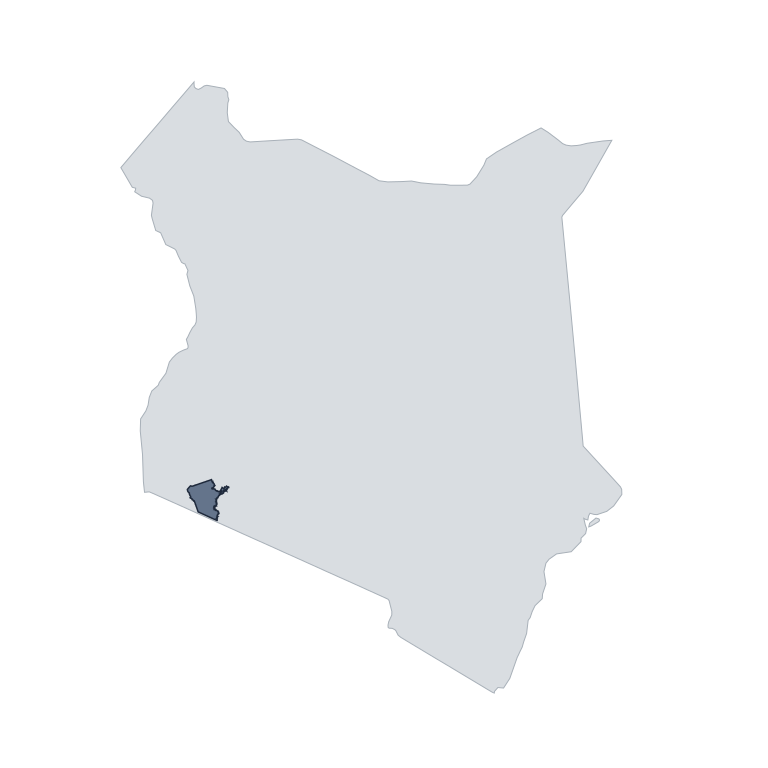 Kilgoris, Rift Valley, Kenya (highlighted), rotated 355°
{"feature_id": "3690345B49962205101636", "entity_name": "Kilgoris", "entity_type": "district", "adm_level": 2, "iso_a3": "KEN", "parent_name": "Kenya", "parent_adm1": "Rift Valley", "projection": "orthographic", "projection_center": [35.018, -1.222], "detail": "fine", "context": "in_parent", "style": "filled", "palette": "slate", "viewbox_px": 768, "rotation_deg": 355, "n_neighbors": 0, "source": "geoboundaries", "source_scale": "gbopen_adm2", "svg_char_len": 7431}
<svg xmlns="http://www.w3.org/2000/svg" viewBox="0 0 768 768"><g transform="rotate(355 384 384)"><path d="M136.0,471.0L135.8,460.4L137.3,433.3L137.1,409.5L138.5,397.6L144.4,390.1L147.1,384.6L149.0,376.9L152.1,370.7L159.0,365.6L160.3,362.8L167.7,354.3L172.1,343.4L175.5,339.7L179.6,336.3L182.6,334.5L187.4,332.7L191.2,331.7L191.9,330.8L192.2,329.0L191.0,322.3L192.6,320.1L195.2,315.6L198.1,311.3L200.8,308.7L202.3,305.9L203.0,301.2L203.1,297.8L203.1,292.3L202.2,279.8L199.1,269.3L197.2,257.6L198.6,253.8L196.1,246.9L194.9,246.6L192.9,245.1L190.3,238.6L188.4,232.7L187.2,231.2L178.8,226.1L174.7,213.9L170.0,211.2L167.5,199.1L167.0,195.7L169.7,183.7L169.4,180.9L166.6,178.4L158.8,175.8L152.4,170.8L153.3,169.1L153.7,167.3L150.4,166.1L140.7,145.5L153.2,133.1L165.9,120.6L182.1,104.8L196.9,90.2L209.7,77.7L221.1,66.5L220.9,68.6L220.9,71.5L222.3,73.2L224.7,74.4L228.0,73.1L230.8,71.4L233.6,71.0L250.8,75.7L253.7,79.8L253.5,84.1L254.2,87.3L252.9,90.5L251.5,100.1L251.9,109.0L257.1,115.5L261.7,120.7L265.4,127.9L268.1,130.1L271.8,131.2L283.6,131.5L301.1,132.0L318.0,132.5L319.5,132.6L323.1,133.6L338.6,143.4L352.8,152.3L364.8,160.1L376.5,167.7L387.9,175.0L396.7,181.1L405.3,183.0L419.4,183.9L429.1,184.2L438.1,186.8L451.5,189.2L461.5,190.4L467.6,191.8L484.3,193.2L487.0,192.4L494.4,185.7L502.6,174.7L505.7,168.7L516.4,162.7L535.1,154.3L548.2,148.5L562.8,142.6L569.5,147.7L578.7,156.0L582.9,160.1L586.2,161.9L591.2,163.1L597.3,163.2L600.6,163.0L607.3,161.9L623.2,161.0L632.2,161.1L624.7,172.0L615.7,185.1L599.0,209.3L586.2,222.0L576.6,231.6L575.7,233.3L575.8,244.1L576.0,270.3L576.4,322.9L576.7,375.5L576.9,428.1L577.0,454.4L577.0,463.2L585.5,474.3L593.8,485.1L604.8,499.4L610.6,507.1L611.6,509.7L611.3,514.8L602.2,525.5L594.8,530.3L584.8,532.7L581.8,532.2L577.9,530.7L576.3,533.2L575.2,537.2L573.0,536.4L571.3,535.2L572.3,542.3L573.3,545.8L571.8,550.6L566.9,554.7L566.5,558.2L555.9,567.4L541.1,568.3L533.2,572.9L529.7,576.6L527.0,584.8L527.9,597.3L523.7,606.9L522.9,611.7L515.2,617.9L511.8,623.6L509.2,629.5L507.0,632.0L504.3,645.0L500.7,653.0L499.7,655.6L498.8,658.0L496.0,662.6L494.2,665.8L492.9,667.9L483.7,688.2L476.6,697.3L471.0,696.3L467.3,699.8L466.9,701.5L465.0,700.5L460.4,697.2L450.9,690.3L441.4,683.4L431.9,676.5L422.4,669.6L412.8,662.7L403.3,655.8L393.8,648.9L384.3,642.0L378.7,637.9L376.2,635.5L374.3,630.8L373.3,629.6L370.8,628.1L367.8,627.7L366.9,626.8L367.0,624.5L368.0,621.2L371.6,614.9L372.0,611.2L371.3,607.0L370.2,600.2L369.2,598.7L362.9,595.1L349.7,587.7L336.4,580.2L323.1,572.8L309.8,565.4L296.5,557.9L283.3,550.5L270.0,543.1L256.7,535.6L243.4,528.2L230.1,520.8L216.8,513.3L203.5,505.9L190.2,498.5L176.9,491.0L163.6,483.6L150.3,476.2L145.3,473.4L140.8,471.0L136.0,471.0ZM577.8,543.6L575.5,544.2L576.7,540.6L583.5,536.0L586.3,537.1L586.8,538.1L586.6,539.1L585.5,540.0L577.8,543.6Z" fill="#d9dde1" stroke="#a8b0b8" stroke-width="1"/><path d="M178.9,471.9L179.1,473.6L179.6,474.6L180.6,475.6L180.5,476.1L180.4,476.5L180.7,476.8L180.9,477.7L180.9,478.1L181.4,478.7L181.4,478.9L181.6,479.5L181.3,480.3L181.0,480.5L181.5,480.9L182.0,481.1L182.2,481.4L182.4,481.4L182.9,481.9L182.8,482.3L182.8,482.5L183.3,482.7L183.6,483.1L183.9,483.2L184.0,483.8L184.1,484.0L184.4,484.1L184.8,484.0L185.7,487.2L185.6,487.4L186.0,488.2L186.1,489.1L186.4,490.0L187.7,495.2L205.5,505.3L205.6,505.0L205.9,505.1L206.0,505.1L206.0,504.9L205.7,504.7L206.0,504.5L205.9,504.1L205.9,503.9L205.8,503.6L206.0,503.4L205.5,503.2L205.8,503.0L205.8,502.8L206.1,502.8L206.2,502.7L206.0,502.3L206.1,502.2L206.3,502.1L206.3,501.7L206.8,501.6L206.4,501.3L206.6,501.2L206.5,500.9L206.4,500.7L206.6,500.5L206.7,500.3L206.5,500.1L206.7,499.8L207.0,499.9L207.1,499.7L207.1,499.3L207.3,499.0L208.0,499.0L208.1,498.9L207.9,498.6L208.3,498.3L208.3,498.1L207.8,497.7L207.9,497.2L207.7,497.2L207.7,496.9L207.5,496.6L207.3,496.5L207.5,496.2L207.1,496.1L207.0,495.9L206.8,495.8L206.6,495.5L206.4,495.4L206.2,495.4L205.9,495.2L205.8,494.9L205.6,494.5L205.3,494.6L205.2,494.8L204.8,494.5L204.7,494.3L204.7,494.2L204.5,494.4L204.5,494.5L204.4,494.4L204.3,494.1L204.2,494.1L204.4,493.9L204.2,493.7L204.3,493.7L204.0,493.3L204.2,493.1L204.0,492.9L204.1,492.6L203.9,492.3L203.8,492.2L204.1,492.0L204.1,491.8L204.1,491.7L203.9,491.4L204.0,491.2L204.3,491.3L204.2,491.1L204.3,491.1L204.4,491.3L204.6,491.2L204.8,491.0L204.9,490.8L205.1,490.9L205.1,490.7L205.3,490.8L205.5,490.8L205.5,491.0L205.6,490.9L205.7,490.7L205.7,490.8L205.7,490.7L206.0,490.7L206.1,490.8L206.2,490.7L206.4,490.6L206.4,490.3L206.5,490.4L206.5,490.2L206.4,490.1L206.5,489.9L206.8,489.6L206.8,489.4L207.0,489.3L207.0,489.1L206.9,489.1L206.6,488.9L206.8,488.7L206.9,488.4L207.0,488.3L206.9,488.2L207.0,488.2L206.9,488.2L207.0,488.0L206.9,487.9L207.0,487.8L207.0,487.7L206.9,487.2L206.7,487.0L206.7,486.8L206.4,486.6L206.6,486.5L206.5,486.4L206.5,486.2L206.9,485.8L206.6,485.2L206.8,485.1L206.7,484.9L206.9,484.3L206.8,484.2L207.1,484.2L207.0,483.8L207.4,483.6L207.4,483.4L207.7,483.4L207.7,483.2L208.0,482.9L208.0,482.5L208.4,482.3L208.6,482.4L208.6,482.2L208.9,482.1L209.2,481.7L209.3,481.5L209.4,481.1L209.6,481.0L209.7,480.8L209.8,480.8L210.0,480.6L210.4,480.6L210.5,480.3L210.6,480.2L210.5,479.8L210.5,479.6L210.7,479.8L211.1,480.0L211.5,479.7L212.6,479.3L212.8,479.3L212.8,479.5L213.0,479.5L213.7,479.1L213.9,479.0L214.1,478.8L214.3,478.8L214.4,478.7L214.3,478.1L214.5,478.1L214.4,477.9L214.8,477.6L215.1,477.5L215.3,477.3L215.5,477.2L215.4,477.0L215.2,476.8L215.3,476.7L215.4,476.8L215.5,476.7L215.3,476.6L215.1,476.4L215.4,476.0L215.3,475.9L215.5,475.8L215.5,475.7L215.8,475.9L215.9,476.0L216.1,475.9L216.3,475.8L216.2,476.0L216.3,476.0L216.4,475.9L216.4,476.3L216.5,476.4L216.5,476.5L216.8,476.7L217.0,476.7L216.9,476.8L217.1,476.9L217.3,476.8L217.2,476.7L217.5,476.6L217.6,476.4L217.8,476.6L217.7,476.1L217.8,476.0L217.8,475.9L218.0,475.7L217.8,475.6L218.0,475.3L218.0,475.1L218.1,474.8L218.4,474.9L218.5,474.8L218.8,474.8L218.9,474.6L218.9,474.4L219.0,474.2L218.9,473.5L219.0,473.8L219.3,473.9L219.4,473.5L219.6,473.5L219.5,473.4L219.7,473.1L219.9,473.1L220.1,473.0L220.0,472.9L219.7,473.1L219.4,473.0L219.3,472.9L218.2,472.0L218.0,472.3L217.8,472.5L216.6,473.1L216.4,473.1L216.2,472.9L216.0,473.6L215.6,474.2L215.3,474.1L214.9,473.9L214.4,473.5L214.1,473.4L213.9,473.0L213.7,472.9L213.6,473.2L211.8,476.0L212.3,476.3L212.7,476.3L212.9,476.3L213.1,476.4L213.2,476.5L213.3,476.6L212.6,477.5L211.9,478.3L211.7,478.4L211.7,478.2L211.8,478.1L211.8,477.9L211.6,477.9L211.7,477.5L211.4,477.5L211.0,477.3L210.5,476.6L209.7,476.8L208.8,476.4L209.1,476.2L208.6,475.9L208.1,475.6L207.8,475.7L207.2,475.5L206.9,475.2L206.6,474.5L206.5,474.0L206.3,473.8L205.6,473.9L205.3,473.6L204.6,473.4L204.4,473.4L204.2,473.6L203.5,473.4L203.4,473.3L203.4,473.2L203.6,473.1L203.6,472.8L203.7,472.5L203.9,472.5L204.0,472.6L204.3,472.7L204.5,472.7L204.7,472.3L204.9,472.3L205.2,471.9L205.4,471.8L205.4,471.7L205.6,471.6L205.7,471.1L205.8,471.1L206.1,471.0L206.1,470.8L206.0,470.7L206.5,470.5L206.7,470.4L206.5,470.0L206.3,469.7L205.9,468.3L205.3,467.8L205.3,467.4L204.8,467.4L204.7,467.0L204.8,466.6L204.6,466.7L204.5,466.4L204.2,466.3L204.4,465.8L204.1,465.5L203.8,464.2L201.6,464.8L200.0,465.2L199.3,465.3L197.7,465.8L196.8,466.0L196.2,466.1L193.9,466.7L192.3,467.1L191.7,467.2L190.7,467.5L188.3,468.1L186.7,468.5L186.7,468.4L185.6,468.8L184.4,469.1L183.9,469.0L183.7,469.1L183.4,469.0L182.5,468.6L182.3,468.7L182.1,468.8L180.8,470.0L180.2,470.6L178.9,471.9Z" fill="#64748b" stroke="#1e293b" stroke-width="1.5"/></g></svg>